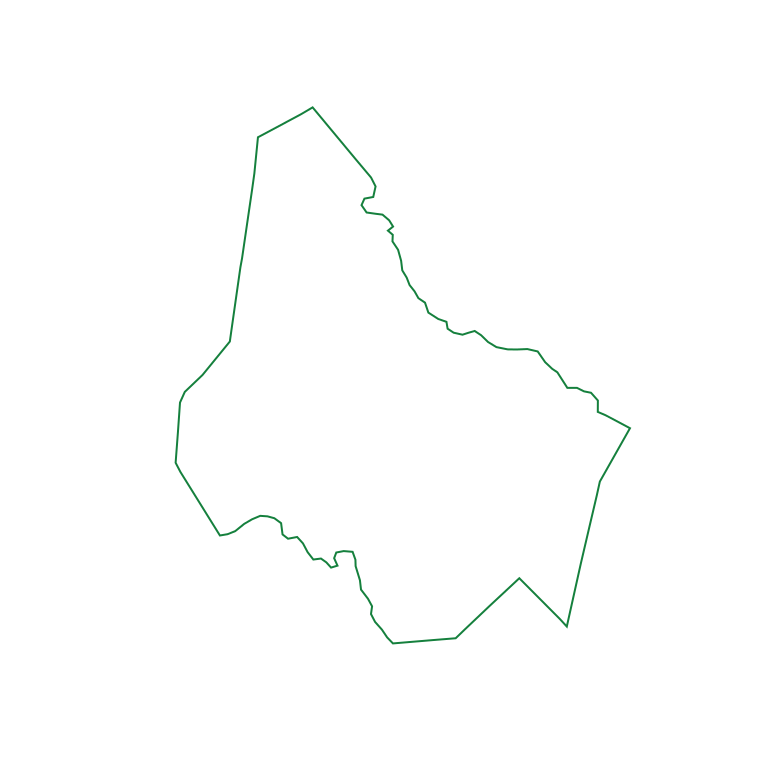 Itabaiana, Sergipe, Brazil, rotated 163°
{"feature_id": "56859067B51160750377401", "entity_name": "Itabaiana", "entity_type": "district", "adm_level": 2, "iso_a3": "BRA", "parent_name": "Brazil", "parent_adm1": "Sergipe", "projection": "albers", "projection_center": [-37.424, -10.699], "detail": "fine", "context": "isolated", "style": "outline", "palette": "green", "viewbox_px": 768, "rotation_deg": 163, "n_neighbors": 0, "source": "geoboundaries", "source_scale": "gbopen_adm2", "svg_char_len": 1497}
<svg xmlns="http://www.w3.org/2000/svg" viewBox="0 0 768 768"><g transform="rotate(163 384 384)"><path d="M576.8,434.7L584.5,425.9L595.3,397.8L606.3,369.6L604.4,359.4L585.2,287.1L577.5,286.1L569.3,286.8L558.6,291.1L549.7,293.2L540.9,294.1L534.1,291.5L528.1,287.7L523.1,281.0L525.0,269.8L521.0,264.1L511.8,263.1L508.1,255.3L506.2,245.5L502.9,236.8L495.3,235.5L491.3,230.3L488.3,223.9L481.6,223.9L482.6,232.0L478.9,236.8L471.4,236.0L463.1,232.7L462.7,224.3L464.4,218.1L464.4,211.4L464.4,203.3L466.1,194.1L462.1,183.3L460.4,174.9L463.7,167.8L462.1,159.1L457.8,149.7L455.1,140.8L451.3,133.3L411.6,124.7L389.8,119.9L378.6,125.6L348.5,140.6L311.4,158.7L284.5,107.8L280.1,98.6L248.3,154.7L227.5,190.5L213.1,215.2L206.1,227.6L161.7,269.8L181.3,289.4L187.7,294.8L184.3,305.7L188.6,315.1L194.9,318.5L200.6,323.9L209.8,326.7L212.1,334.9L214.8,344.5L218.7,349.3L223.5,357.7L227.5,370.2L236.7,375.5L247.0,378.2L255.7,381.0L265.7,386.4L272.2,393.7L276.9,402.3L281.8,408.2L288.2,408.3L294.5,408.2L302.4,412.7L307.0,418.3L306.1,425.2L313.1,430.3L320.7,439.3L321.0,449.8L326.0,456.0L327.7,463.7L330.6,471.1L331.2,479.1L333.3,487.3L331.6,496.8L331.3,508.2L334.2,517.9L332.0,524.1L335.4,529.5L329.3,531.9L331.2,539.0L335.9,546.4L342.6,549.4L350.5,553.1L353.2,561.6L348.5,567.0L339.6,566.0L334.3,575.4L336.0,585.2L345.6,607.8L371.4,669.4L384.7,666.2L432.4,656.8L446.4,623.3L453.1,608.9L483.0,545.7L487.2,537.6L515.7,476.8L519.0,469.7L554.9,445.7L576.8,434.7Z" fill="none" stroke="#15803d" stroke-width="2"/></g></svg>